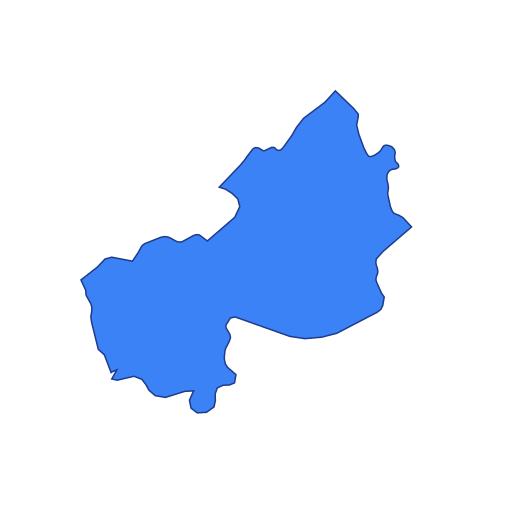 map outline of Santa Ana (orthographic projection), rotated 213°
{"feature_id": "SLV-1358", "entity_name": "Santa Ana", "entity_type": "Department", "adm_level": 1, "iso_a3": "SLV", "parent_name": "El Salvador", "parent_adm1": "", "projection": "orthographic", "projection_center": [-89.512, 14.11], "detail": "fine", "context": "isolated", "style": "filled", "palette": "blue", "viewbox_px": 512, "rotation_deg": 213, "n_neighbors": 0, "source": "natural_earth", "source_scale": "10m", "svg_char_len": 2408}
<svg xmlns="http://www.w3.org/2000/svg" viewBox="0 0 512 512"><g transform="rotate(213 256 256)"><path d="M126.1,291.4L122.7,283.5L122.2,279.3L123.7,274.9L146.2,235.1L156.8,223.6L170.0,213.3L183.9,207.0L240.3,193.5L243.7,190.1L243.6,181.6L241.9,179.4L235.3,176.1L233.0,173.8L232.0,170.3L231.1,162.0L230.4,159.5L227.3,153.6L225.8,151.6L222.8,148.7L219.1,147.1L208.2,145.6L204.9,137.9L208.0,133.4L213.3,129.6L216.6,124.3L215.1,118.0L211.3,112.6L209.0,106.5L212.4,97.9L219.9,92.4L227.6,93.0L233.3,98.8L234.9,108.9L242.0,103.7L255.0,88.0L258.6,86.5L264.3,84.0L272.6,85.1L278.6,88.3L284.5,90.4L292.8,88.7L304.7,76.3L310.0,74.3L310.7,84.7L313.5,80.6L314.0,79.3L329.2,90.4L329.3,90.5L337.4,91.8L357.4,110.5L360.9,114.4L361.6,115.4L363.3,119.5L365.6,123.4L366.8,124.6L368.7,126.1L376.5,130.2L377.6,131.1L380.1,134.5L389.8,140.6L383.0,160.3L381.0,171.2L376.4,176.4L356.8,184.4L356.7,195.2L357.2,201.2L357.0,203.3L356.0,205.8L345.9,220.0L344.0,221.8L343.0,222.6L341.7,223.3L340.5,223.8L339.0,224.2L337.4,224.5L332.0,224.8L330.6,225.0L329.1,225.4L327.9,226.0L326.9,226.7L325.8,227.6L319.7,238.9L318.4,240.6L317.4,241.6L316.2,242.3L314.9,242.8L305.0,242.1L294.9,276.9L296.5,288.6L302.4,294.0L310.2,295.5L318.1,295.4L324.3,293.7L318.6,323.7L317.7,331.6L317.8,333.3L317.0,343.7L316.4,345.4L315.3,346.8L312.6,348.0L310.6,348.1L308.9,348.1L307.4,348.2L306.3,348.8L302.1,355.6L300.4,356.7L298.9,356.9L297.6,356.5L296.2,356.4L294.9,356.7L293.8,357.5L293.0,358.5L292.3,361.5L291.6,376.1L292.1,385.9L291.1,397.4L281.9,422.6L279.4,437.7L254.4,432.9L247.6,430.7L246.8,429.6L246.1,428.5L242.9,420.6L235.9,414.0L224.8,405.7L219.7,402.6L216.1,401.0L214.7,401.4L213.6,402.2L212.7,403.2L211.3,405.5L209.6,409.3L208.9,412.3L209.0,417.1L208.6,418.5L207.4,419.7L205.5,420.7L201.7,421.6L199.3,421.0L197.6,420.4L196.4,419.4L195.5,418.4L194.9,417.2L194.2,415.5L193.0,413.7L190.6,411.2L187.3,410.6L185.6,409.5L184.9,408.4L185.2,407.0L185.8,405.8L186.7,404.8L188.7,403.1L189.5,402.2L190.2,400.9L190.6,399.4L190.7,397.9L190.2,395.1L187.8,391.3L184.6,388.3L183.0,386.5L181.8,384.9L180.1,381.0L178.6,378.9L170.0,370.5L167.0,368.3L164.5,367.1L162.9,367.1L161.3,367.3L158.4,368.0L153.7,368.2L141.4,365.1L152.0,328.8L153.5,319.1L153.0,317.9L151.9,315.7L150.0,313.7L147.8,312.0L145.9,310.1L145.2,309.0L144.6,307.7L143.5,303.3L142.9,302.1L142.0,300.9L140.0,299.3L130.5,293.2L126.1,291.4Z" fill="#3b82f6" stroke="#1e3a8a" stroke-width="1.5"/></g></svg>